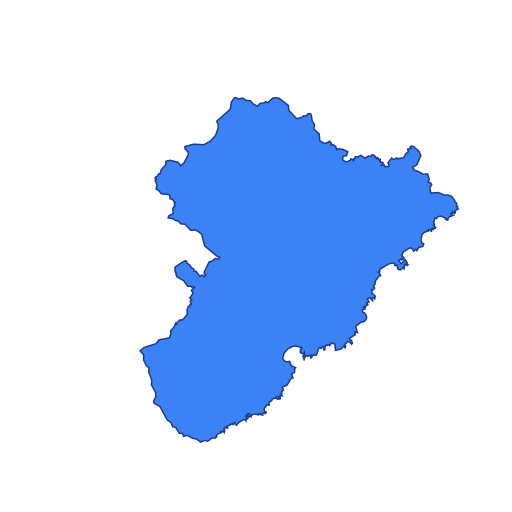 Pacitan, Jawa Timur, Indonesia (Albers equal-area conic projection), rotated 310°
{"feature_id": "22746128B46377021687256", "entity_name": "Pacitan", "entity_type": "district", "adm_level": 2, "iso_a3": "IDN", "parent_name": "Indonesia", "parent_adm1": "Jawa Timur", "projection": "albers", "projection_center": [111.181, -8.102], "detail": "fine", "context": "isolated", "style": "filled", "palette": "blue", "viewbox_px": 512, "rotation_deg": 310, "n_neighbors": 0, "source": "geoboundaries", "source_scale": "gbopen_adm2", "svg_char_len": 6131}
<svg xmlns="http://www.w3.org/2000/svg" viewBox="0 0 512 512"><g transform="rotate(310 256 256)"><path d="M334.0,139.3L332.4,142.4L329.8,144.7L322.7,147.4L315.1,147.4L307.8,144.6L301.5,136.3L294.1,131.2L292.6,132.6L291.7,137.8L290.7,138.8L281.1,141.0L276.9,140.5L277.7,136.1L274.2,128.8L270.7,126.1L267.7,128.2L261.0,127.9L257.7,129.8L256.6,128.7L253.6,129.1L252.4,128.4L251.6,129.5L250.8,128.7L250.4,130.2L249.3,130.0L246.7,134.6L243.1,136.4L243.7,139.0L242.8,143.6L246.6,148.8L247.0,151.0L244.6,153.4L245.7,155.7L244.7,159.0L245.3,159.8L243.2,160.1L241.7,162.1L240.5,161.3L238.7,162.0L235.3,165.2L230.5,163.3L228.7,164.2L230.9,167.6L231.6,172.0L232.8,173.5L232.4,177.8L234.8,181.4L233.7,189.3L237.0,193.0L237.7,196.7L237.6,200.5L230.7,210.3L230.8,227.0L231.7,229.1L230.6,229.6L229.2,229.1L228.0,226.4L224.0,225.6L221.5,223.9L210.4,226.6L209.0,227.8L209.5,229.4L207.3,230.0L206.6,226.8L204.3,226.2L205.7,219.9L204.7,218.4L206.1,216.6L205.4,213.4L206.5,212.2L206.2,208.1L207.4,205.7L206.2,204.4L196.1,201.2L194.7,201.5L191.7,204.6L192.2,205.4L190.6,206.3L189.2,208.9L190.6,216.4L188.9,223.2L191.2,225.7L190.8,227.1L192.1,227.3L192.4,229.1L188.1,228.6L187.2,231.7L181.2,232.3L181.2,234.9L179.0,234.7L177.6,237.3L176.7,236.6L174.7,237.5L173.9,236.6L170.5,237.7L167.0,240.9L160.1,240.9L157.3,238.3L156.1,239.0L152.9,237.5L152.6,239.0L151.2,238.0L149.9,238.8L143.6,238.8L141.9,240.8L137.6,242.2L129.5,235.6L124.5,235.8L113.9,229.0L108.8,228.2L108.0,233.7L104.2,236.6L101.4,242.7L101.8,245.8L98.3,248.2L94.0,255.8L90.0,258.8L86.7,267.5L83.6,269.7L78.6,271.1L77.7,272.6L79.0,279.1L73.4,293.3L73.8,297.9L71.6,301.9L73.1,304.6L70.9,310.9L72.7,313.7L71.4,316.5L74.5,318.7L75.5,324.4L77.6,328.3L77.8,333.3L81.6,335.0L83.1,338.1L88.5,339.4L90.2,341.7L92.3,342.1L92.2,341.4L94.9,340.9L97.8,342.6L99.1,342.0L99.0,343.1L100.9,343.6L100.3,345.1L102.3,344.2L103.0,342.5L105.3,342.8L105.3,344.3L106.1,343.9L106.3,344.6L107.3,343.3L109.9,344.8L110.8,344.3L112.2,346.8L113.2,346.0L114.8,346.8L113.6,348.4L113.9,349.9L117.5,349.9L122.5,351.5L123.5,352.7L123.2,354.2L124.2,353.3L125.6,354.0L126.9,351.1L127.8,350.9L129.8,351.1L130.6,351.7L130.8,352.5L129.5,351.3L126.9,351.6L127.2,353.3L128.1,353.4L127.6,354.1L129.8,354.1L129.6,355.5L130.5,354.8L133.8,355.9L135.8,359.8L136.7,359.2L136.7,360.3L138.2,360.6L137.3,362.7L138.0,361.7L138.5,363.4L139.2,362.5L140.8,362.8L141.4,364.6L143.0,364.1L142.0,363.0L144.3,360.3L149.2,360.1L150.2,362.0L152.5,359.8L155.1,361.1L157.2,360.3L160.0,362.8L161.0,362.3L160.1,364.5L161.7,366.0L162.7,363.8L162.9,365.7L164.9,363.9L165.7,365.8L166.3,364.0L167.6,364.1L168.5,362.9L170.8,363.2L172.5,360.3L176.7,362.8L184.6,361.6L186.3,362.7L188.3,359.3L191.8,360.3L194.7,357.9L195.8,358.2L194.7,353.3L196.9,349.6L194.7,347.7L193.9,345.5L194.4,342.5L199.5,340.0L205.8,340.2L211.1,342.6L213.8,346.2L214.4,349.5L216.0,349.0L213.6,351.0L212.9,350.3L210.6,351.7L211.3,355.3L213.3,354.9L211.5,356.7L209.6,356.3L207.7,359.3L211.5,358.0L212.3,360.2L213.9,360.4L214.4,361.7L213.1,363.6L214.7,363.7L215.8,362.4L215.9,363.5L217.7,364.1L218.9,366.0L226.4,363.1L227.1,365.4L229.6,365.2L229.6,367.1L233.2,367.1L233.0,367.9L234.8,368.8L234.7,370.0L238.2,369.8L239.2,373.1L234.8,377.5L239.2,380.8L243.4,381.3L242.9,383.3L244.5,382.6L244.8,381.0L249.3,381.1L250.4,383.1L249.8,385.9L251.1,385.9L252.8,383.4L252.3,381.6L253.1,380.6L259.5,382.6L261.3,380.6L262.5,383.0L266.2,377.5L272.3,378.9L275.8,381.2L278.9,381.0L280.8,379.5L282.2,376.1L281.6,374.1L283.1,372.1L283.9,371.9L285.2,373.6L287.2,372.6L286.5,371.4L290.5,373.1L291.1,371.0L293.4,372.1L294.8,368.9L297.2,369.9L296.7,374.0L298.6,372.1L299.8,373.2L299.5,374.4L301.9,373.3L302.2,368.0L304.1,367.4L304.6,366.3L306.2,367.8L307.7,367.5L308.4,365.5L310.8,365.3L314.2,363.4L320.4,363.2L321.0,364.0L322.6,361.2L322.1,359.9L323.8,360.5L325.4,359.4L334.9,362.6L338.4,365.0L339.3,367.2L338.0,368.5L339.6,370.1L337.2,372.9L337.9,375.2L342.1,376.6L341.6,377.5L343.1,376.8L343.2,375.6L345.1,375.2L345.8,377.9L347.0,378.2L346.5,376.1L347.9,376.4L349.1,372.6L343.6,372.2L344.2,368.3L346.1,368.4L346.7,370.1L347.8,369.5L347.8,370.8L349.7,370.8L350.0,367.5L353.9,366.2L361.2,368.6L362.1,370.5L361.0,373.7L364.0,374.1L363.5,375.8L367.0,375.1L370.6,377.7L373.2,376.5L372.5,375.0L374.0,372.4L378.7,369.6L382.6,369.6L383.1,370.5L385.0,370.6L385.6,372.0L387.0,371.2L387.8,374.5L389.6,373.0L390.1,374.7L391.4,373.8L391.9,375.3L393.2,375.6L393.8,372.3L394.9,372.5L395.6,370.7L399.9,368.7L400.6,370.1L402.9,370.0L405.5,372.0L406.8,376.8L406.0,377.4L407.1,378.2L406.1,379.2L406.9,379.9L407.8,379.0L410.8,379.2L413.9,380.9L413.0,378.5L414.2,377.9L414.8,379.0L416.3,378.2L416.1,380.5L417.1,379.9L417.3,380.8L418.9,379.4L421.9,380.8L422.0,378.6L423.4,378.9L423.7,376.9L425.5,375.9L425.1,373.7L426.3,372.6L427.4,367.1L426.0,363.5L424.0,361.8L421.8,354.9L416.6,349.5L420.0,345.2L423.5,344.8L424.2,342.7L423.2,340.3L426.1,339.6L429.2,334.6L426.0,331.5L425.1,325.8L423.5,322.3L424.6,318.9L429.1,320.6L438.8,317.7L440.9,313.8L441.1,306.6L440.4,304.6L438.7,304.0L437.8,305.5L435.4,303.5L433.8,305.7L430.5,305.0L426.3,306.0L421.5,302.0L421.5,300.5L418.4,299.7L418.2,296.9L412.2,297.2L410.3,300.2L409.1,299.5L407.3,297.0L408.2,295.6L406.1,293.9L408.9,293.8L409.2,292.7L407.8,290.9L409.9,289.1L408.7,289.0L409.4,287.0L408.3,286.2L409.4,285.7L408.0,283.8L408.9,283.2L408.8,280.6L407.7,279.8L406.3,280.3L404.9,277.9L401.0,276.5L400.4,271.4L397.5,270.5L395.9,268.1L394.0,269.0L392.9,268.3L392.0,269.4L391.4,266.1L389.8,266.7L385.9,264.7L385.3,260.7L386.3,259.8L388.6,258.7L390.9,260.9L394.9,259.3L393.7,254.3L391.0,249.9L389.3,249.5L391.0,246.8L391.0,243.9L389.1,242.1L390.9,241.1L391.2,238.6L387.7,237.4L385.9,235.3L385.3,230.7L390.2,225.9L390.5,218.6L394.1,216.6L395.6,212.2L399.9,207.2L399.7,205.6L398.1,204.2L396.1,204.8L393.7,202.2L391.0,201.8L387.3,198.6L388.6,187.8L392.2,183.9L391.7,172.5L390.5,170.0L387.8,167.4L381.0,166.4L380.4,164.1L378.7,163.9L375.4,161.0L371.7,160.9L370.6,155.8L371.4,152.0L368.7,148.1L368.6,144.6L365.1,141.7L364.3,138.6L362.8,137.7L357.8,138.3L351.9,141.9L334.0,139.3ZM229.4,368.4L228.1,367.7L227.6,368.6L228.3,369.0L229.4,368.4Z" fill="#3b82f6" stroke="#1e3a8a" stroke-width="1.5"/></g></svg>